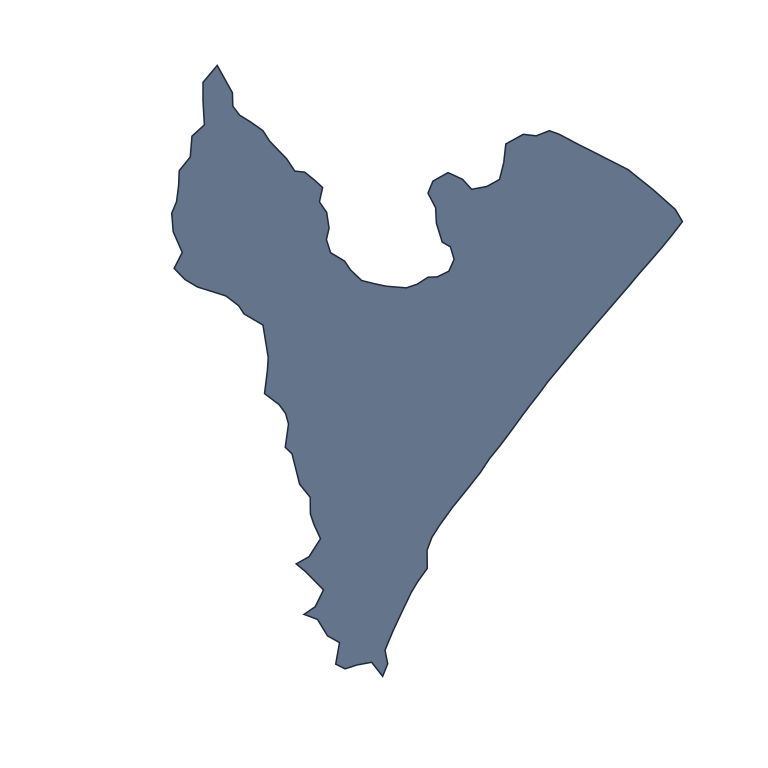 outline of Matinhos, Paraná, Brazil, rotated 14°
{"feature_id": "56859067B19648213894292", "entity_name": "Matinhos", "entity_type": "district", "adm_level": 2, "iso_a3": "BRA", "parent_name": "Brazil", "parent_adm1": "Paraná", "projection": "natural_earth1", "projection_center": [-48.56, -25.776], "detail": "fine", "context": "isolated", "style": "filled", "palette": "slate", "viewbox_px": 768, "rotation_deg": 14, "n_neighbors": 0, "source": "geoboundaries", "source_scale": "gbopen_adm2", "svg_char_len": 1740}
<svg xmlns="http://www.w3.org/2000/svg" viewBox="0 0 768 768"><g transform="rotate(14 384 384)"><path d="M404.9,667.5L415.2,669.8L425.3,663.4L439.3,657.0L453.4,668.0L455.3,654.5L449.4,642.1L452.5,621.4L457.2,597.5L460.9,579.6L464.7,567.2L470.6,552.5L466.0,534.8L467.6,521.2L472.1,507.7L480.3,487.2L489.7,467.0L498.9,446.6L504.4,431.0L511.3,416.3L516.3,404.6L526.6,379.3L531.4,368.0L536.7,356.3L542.2,342.8L550.5,325.5L556.4,313.1L562.3,300.7L573.6,277.8L588.7,247.9L598.0,229.5L604.5,216.0L612.8,199.9L621.0,183.6L627.5,169.8L634.3,154.2L624.4,144.1L612.2,137.7L598.4,130.5L588.1,125.7L579.0,121.6L569.2,117.0L525.5,106.9L516.7,105.0L493.6,99.3L483.2,98.2L471.6,106.4L458.8,108.0L444.1,121.6L446.6,140.0L446.6,157.6L435.9,167.5L421.9,173.9L410.8,166.4L395.0,163.4L382.4,175.3L380.5,188.2L391.5,200.6L395.9,215.3L406.2,232.3L415.2,234.8L421.9,246.1L419.6,258.9L409.7,267.2L400.9,269.7L392.1,279.1L382.4,285.3L362.3,288.6L349.5,289.0L337.3,289.0L323.9,281.4L316.1,274.3L300.4,269.5L293.2,257.8L293.0,246.1L286.9,231.4L277.3,222.9L276.9,208.2L267.6,203.1L255.7,197.6L246.0,199.0L234.9,188.9L224.4,182.4L214.3,176.0L205.3,167.5L191.7,162.2L178.9,158.1L170.1,151.0L166.5,138.1L145.1,115.2L135.4,135.1L139.8,152.8L147.0,176.0L137.7,190.0L141.1,210.7L133.7,226.5L136.7,241.2L138.6,257.3L136.7,269.7L142.6,287.2L156.4,305.1L152.4,322.6L165.6,330.8L179.5,335.0L209.3,336.8L224.0,343.2L231.3,349.9L252.3,356.1L265.3,386.4L267.6,399.3L270.4,422.2L287.2,429.4L295.7,436.5L301.0,445.9L303.5,469.3L311.7,474.1L326.4,501.7L339.8,511.8L344.0,527.9L349.9,537.1L359.8,549.5L353.0,569.7L342.3,579.8L353.0,584.9L375.1,598.4L371.1,616.8L362.1,626.9L376.4,628.5L390.2,642.1L403.4,645.7L404.9,667.5Z" fill="#64748b" stroke="#1e293b" stroke-width="1.5"/></g></svg>